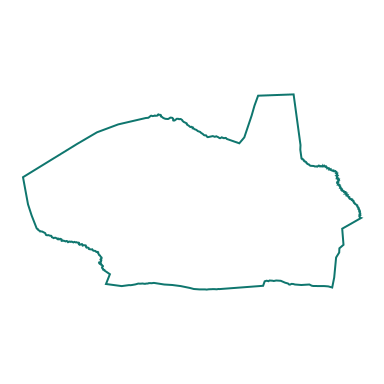 Zu'ungovi, Uvs, Mongolia
{"feature_id": "93677404B72222343372213", "entity_name": "Zu'ungovi", "entity_type": "district", "adm_level": 2, "iso_a3": "MNG", "parent_name": "Mongolia", "parent_adm1": "Uvs", "projection": "natural_earth1", "projection_center": [94.109, 50.114], "detail": "fine", "context": "isolated", "style": "outline", "palette": "teal", "viewbox_px": 384, "rotation_deg": 0, "n_neighbors": 0, "source": "geoboundaries", "source_scale": "gbopen_adm2", "svg_char_len": 5958}
<svg xmlns="http://www.w3.org/2000/svg" viewBox="0 0 384 384"><path d="M361.0,218.0L360.1,217.7L359.3,216.3L359.4,215.2L360.0,215.6L360.4,215.3L360.1,213.9L360.3,213.3L359.8,212.7L359.9,211.9L359.3,211.6L359.5,211.2L359.3,210.7L359.7,210.6L359.5,210.1L359.0,209.2L358.3,208.9L358.3,208.2L358.7,208.2L358.5,207.6L357.6,207.0L357.6,206.4L357.2,206.2L357.0,205.7L357.1,205.3L356.7,205.1L356.6,204.8L355.1,204.0L355.0,203.5L354.4,203.2L354.3,202.8L353.9,202.7L353.6,202.0L353.7,201.6L353.4,201.4L353.6,201.1L353.5,200.9L353.0,200.8L352.6,200.3L352.5,199.9L351.9,200.0L351.9,199.4L351.4,199.4L351.3,199.1L351.1,199.0L350.9,199.2L350.3,198.9L349.7,198.8L349.4,198.4L349.5,198.2L349.2,197.9L349.3,197.5L348.8,197.2L349.0,196.9L348.2,196.5L347.8,195.9L347.0,195.7L347.2,195.4L346.7,195.5L346.2,194.9L346.3,194.4L346.5,194.3L346.1,193.9L346.3,193.6L345.8,193.6L346.2,193.3L345.8,193.2L345.7,192.3L345.4,192.3L345.3,192.0L345.0,192.0L344.6,192.1L344.1,192.1L343.9,191.2L343.6,191.1L343.4,191.3L342.9,190.7L342.4,190.8L342.1,190.7L342.1,190.4L341.8,190.1L341.9,189.6L341.7,189.6L341.5,189.9L341.2,189.8L341.2,189.5L341.6,189.5L341.6,189.2L341.8,189.2L341.3,188.3L340.4,188.0L340.6,187.8L340.4,187.6L340.4,187.2L340.1,187.0L340.2,186.3L339.4,185.9L339.5,185.4L339.0,185.2L339.0,184.9L338.5,184.8L338.9,184.5L337.8,183.9L337.6,183.4L337.7,183.0L337.2,183.1L337.0,182.8L337.2,182.3L337.5,182.5L337.7,182.2L337.6,181.6L338.0,181.4L338.4,181.6L338.5,180.8L338.2,180.5L338.2,180.3L338.7,180.1L338.4,179.8L338.9,179.6L339.0,179.3L338.6,179.2L338.4,179.4L338.2,179.3L337.7,178.8L337.4,178.7L337.7,178.3L337.3,178.2L337.2,177.8L336.8,177.9L336.9,177.5L337.1,177.6L337.4,177.5L337.3,177.1L337.1,177.0L337.2,176.3L336.5,175.8L337.5,175.4L337.1,175.0L337.2,174.5L336.9,174.4L337.1,173.7L336.6,173.8L336.2,173.4L336.5,173.3L336.3,173.0L336.6,172.2L336.4,171.9L335.4,171.3L335.3,171.1L334.5,171.3L333.9,171.1L333.6,170.4L332.9,170.4L332.8,170.8L332.3,170.5L331.5,170.4L331.2,170.1L330.6,169.9L330.6,169.3L330.1,169.5L330.0,169.3L329.3,169.4L329.5,168.8L329.3,168.5L328.7,168.5L328.5,168.2L327.7,168.3L327.8,168.1L327.4,168.1L327.1,168.0L326.9,167.5L326.5,167.5L325.9,167.1L326.0,166.9L325.7,166.8L325.8,166.3L324.8,166.2L324.5,166.0L324.3,165.7L323.8,166.0L324.0,166.2L323.9,166.4L322.8,166.4L322.7,166.1L322.6,166.3L322.2,166.5L321.7,166.1L321.1,166.4L320.2,166.4L320.2,166.0L319.2,165.7L318.6,165.6L318.2,165.9L318.1,166.2L317.1,166.7L316.3,166.3L315.3,166.5L314.5,166.4L313.9,166.0L310.6,165.8L309.9,165.5L309.5,165.0L308.6,164.5L308.6,164.3L307.5,164.0L307.3,163.7L306.5,163.1L306.4,162.8L306.5,162.6L305.9,161.9L305.2,161.8L304.7,161.1L304.3,160.9L304.1,161.0L303.8,160.7L303.6,159.8L303.1,159.4L302.4,159.3L302.3,158.9L302.0,158.9L301.8,158.5L301.5,158.4L300.3,149.7L300.5,145.1L293.6,94.4L258.1,95.7L254.5,105.6L251.6,115.7L244.3,137.4L239.3,143.3L227.2,139.1L226.6,138.8L226.1,138.1L225.4,137.9L223.9,138.2L223.3,137.9L222.6,137.8L221.8,137.3L220.4,138.1L219.6,138.1L219.2,137.9L218.4,137.3L216.3,136.3L214.8,136.8L212.8,136.1L208.1,137.1L207.7,137.1L206.9,136.6L206.2,135.5L205.9,135.3L204.5,135.3L204.0,135.1L202.7,133.9L201.1,132.9L200.1,131.9L197.8,131.1L196.4,129.9L194.5,129.2L193.4,128.3L192.6,128.3L192.5,127.8L192.7,127.4L192.2,127.2L191.5,126.8L190.6,127.0L190.0,126.8L188.9,125.8L186.9,124.5L186.7,124.0L186.8,123.5L186.6,123.3L183.7,121.9L182.5,120.8L182.2,120.1L181.0,119.2L180.3,119.0L179.1,119.2L178.2,118.8L176.8,118.8L174.7,120.4L173.9,120.6L173.2,120.4L173.1,119.9L173.2,118.9L172.4,117.9L171.6,117.7L170.4,117.6L168.4,118.9L167.6,119.0L165.3,118.8L163.3,118.0L162.1,117.0L161.0,116.5L160.9,116.3L161.1,116.1L161.1,115.6L160.8,115.1L160.1,114.8L159.1,114.8L158.3,114.4L158.0,114.6L157.7,115.4L157.3,115.6L155.5,115.8L154.9,115.5L154.4,115.8L152.5,116.1L151.3,115.7L150.8,115.8L148.5,117.7L148.2,117.8L145.8,118.0L118.2,124.4L97.0,132.3L77.0,144.0L23.0,177.2L28.0,204.3L31.6,215.4L36.6,228.2L37.2,228.9L37.8,229.1L37.9,229.5L38.5,230.2L39.9,230.9L40.1,231.4L42.1,231.5L45.0,233.0L45.3,233.3L45.9,234.8L46.2,235.0L47.1,235.3L48.3,235.1L50.0,235.7L51.1,235.8L51.6,236.3L51.9,237.2L53.3,237.8L53.6,238.1L55.0,237.7L55.7,237.8L56.8,238.5L58.0,238.5L58.1,238.8L57.9,239.3L58.1,239.4L58.7,239.1L59.3,239.3L60.0,238.8L60.6,238.9L61.5,239.4L61.6,239.8L61.4,240.6L61.6,240.9L62.1,240.9L62.9,240.5L63.4,240.8L64.1,240.8L65.5,241.4L66.4,241.0L67.5,241.3L67.6,241.8L68.0,242.2L69.8,241.5L70.8,241.9L71.7,241.6L73.4,242.4L74.4,241.9L75.8,242.4L76.5,242.2L77.5,242.7L78.8,242.7L79.0,242.8L79.1,243.3L78.9,244.2L79.6,244.8L79.8,244.8L81.2,244.2L82.0,244.1L82.5,244.7L82.4,245.3L82.6,245.6L83.8,245.2L85.7,245.4L85.9,245.7L86.0,246.8L86.4,247.5L86.5,247.6L87.2,247.4L88.6,247.9L88.8,248.9L89.1,249.1L91.5,249.5L92.2,249.3L93.0,250.4L93.4,250.7L95.1,250.9L95.6,251.1L96.0,251.7L96.6,252.0L97.8,251.9L98.2,252.3L98.0,253.0L98.4,253.5L99.1,255.0L100.0,255.5L100.6,256.7L101.4,257.3L101.6,257.6L101.6,258.2L101.1,258.6L100.7,259.2L100.6,259.3L101.3,259.9L101.3,260.4L100.7,261.1L101.0,261.8L100.2,262.5L99.2,262.4L99.0,262.8L99.1,263.0L99.7,263.8L100.6,263.6L101.0,263.8L101.1,264.7L101.8,264.8L102.1,265.4L102.9,266.0L102.9,266.4L102.0,267.3L102.3,268.3L103.1,268.9L103.1,269.6L104.4,270.0L104.4,270.5L109.9,274.2L106.0,284.0L121.7,286.1L129.1,285.1L130.6,285.2L132.0,285.0L135.4,284.4L138.2,283.6L140.7,283.7L142.4,283.5L144.4,283.8L145.3,283.8L146.0,283.6L147.9,283.5L149.0,283.1L151.7,283.2L153.9,282.9L164.2,284.5L172.3,285.0L180.8,286.1L190.1,288.0L193.8,289.0L199.4,289.4L205.1,289.4L206.6,289.6L208.7,289.3L213.7,289.1L216.9,289.3L218.2,289.0L219.3,289.1L263.1,285.8L264.7,281.3L266.7,280.7L268.5,281.2L269.5,280.5L272.4,280.7L273.8,281.0L276.2,280.5L280.8,280.8L285.1,282.7L288.0,283.5L289.1,284.5L290.0,284.6L291.5,283.9L293.2,284.0L294.9,284.5L301.3,285.0L309.4,284.5L311.7,285.7L313.3,286.0L324.6,286.1L328.3,286.4L332.2,287.5L334.2,277.5L336.1,257.5L339.2,252.5L339.4,248.3L343.5,244.8L342.2,228.7L361.0,218.0Z" fill="none" stroke="#0f766e" stroke-width="2"/></svg>